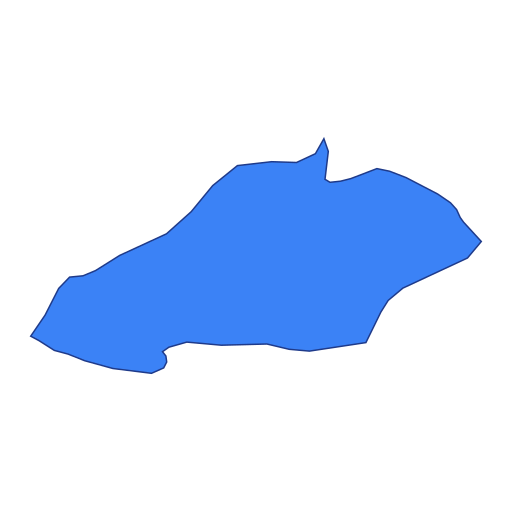 map outline of Bovec (Robinson projection)
{"feature_id": "SVN-1023", "entity_name": "Bovec", "entity_type": "Municipality", "adm_level": 1, "iso_a3": "SVN", "parent_name": "Slovenia", "parent_adm1": "", "projection": "robinson", "projection_center": [13.618, 46.371], "detail": "fine", "context": "isolated", "style": "filled", "palette": "blue", "viewbox_px": 512, "rotation_deg": 0, "n_neighbors": 0, "source": "natural_earth", "source_scale": "10m", "svg_char_len": 734}
<svg xmlns="http://www.w3.org/2000/svg" viewBox="0 0 512 512"><path d="M296.5,162.5L315.4,153.7L323.9,138.7L328.3,151.4L325.0,179.3L330.0,182.3L340.5,181.2L350.8,178.6L376.9,168.6L389.5,171.2L406.1,177.6L437.8,194.1L450.5,202.8L456.6,209.6L460.2,217.5L463.5,222.1L481.3,241.5L467.5,258.0L402.9,288.1L388.2,300.4L380.9,312.0L365.9,342.6L309.4,351.1L289.2,349.3L266.9,344.0L221.4,345.2L186.8,342.1L168.9,347.2L162.5,351.7L165.9,356.0L166.7,362.0L163.7,367.9L151.5,373.3L112.9,368.5L84.6,360.7L68.1,354.1L54.3,350.4L39.1,340.7L30.7,336.2L45.1,315.1L58.7,288.4L69.6,277.1L83.0,275.8L95.5,270.6L119.7,255.4L166.5,233.8L191.2,211.7L212.7,185.6L237.4,165.6L271.6,161.7L296.5,162.5Z" fill="#3b82f6" stroke="#1e3a8a" stroke-width="1.5"/></svg>